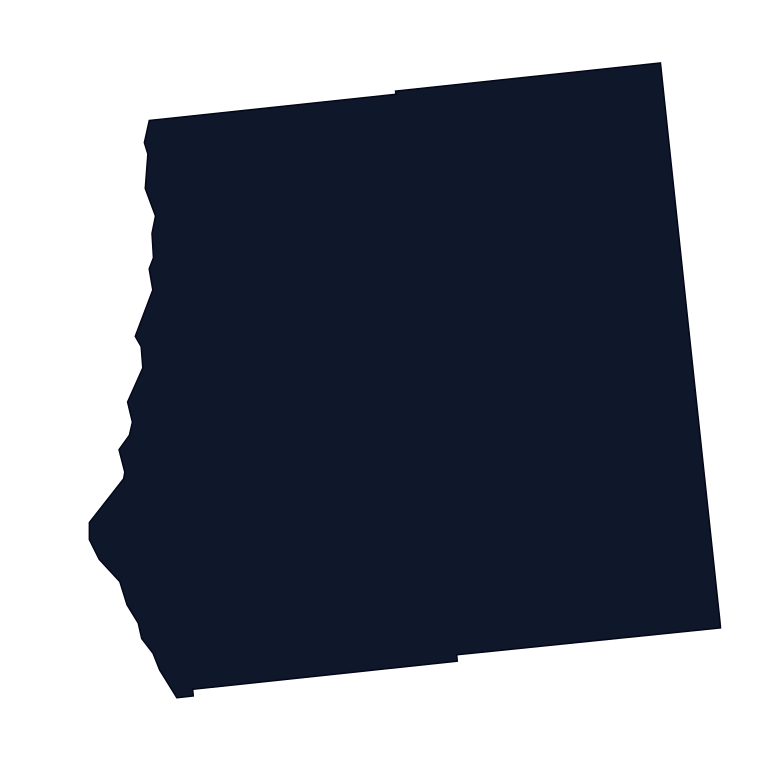 Holt, Nebraska, United States of America, rotated 264°
{"feature_id": "52423323B93692161478978", "entity_name": "Holt", "entity_type": "district", "adm_level": 2, "iso_a3": "USA", "parent_name": "United States of America", "parent_adm1": "Nebraska", "projection": "natural_earth1", "projection_center": [-98.808, 42.492], "detail": "fine", "context": "isolated", "style": "filled", "palette": "ink", "viewbox_px": 768, "rotation_deg": 264, "n_neighbors": 0, "source": "geoboundaries", "source_scale": "gbopen_adm2", "svg_char_len": 634}
<svg xmlns="http://www.w3.org/2000/svg" viewBox="0 0 768 768"><g transform="rotate(264 384 384)"><path d="M674.4,692.5L674.1,426.1L670.9,426.1L670.6,178.1L649.1,170.9L637.4,173.2L603.4,167.0L575.0,174.3L558.0,169.0L533.6,167.9L523.1,162.5L501.7,163.9L457.4,141.6L446.6,146.4L425.2,145.8L392.9,127.1L372.4,129.8L359.6,125.4L346.4,113.6L323.5,117.0L317.0,115.2L277.0,76.5L260.1,74.7L239.3,82.5L215.1,100.6L191.1,105.4L171.9,114.6L156.2,116.4L140.2,126.2L123.0,131.0L93.6,145.2L93.7,161.7L100.4,161.8L100.7,427.9L107.1,428.0L106.3,693.2L113.6,693.3L394.3,692.8L674.4,692.5Z" fill="#0f172a" stroke="#020617" stroke-width="1.5"/></g></svg>